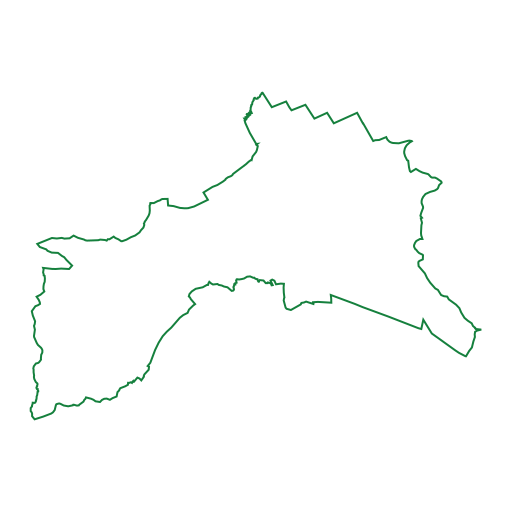 Tibucani, Neamt, Romania (Equal Earth projection)
{"feature_id": "2599482B37901869197091", "entity_name": "Tibucani", "entity_type": "district", "adm_level": 2, "iso_a3": "ROU", "parent_name": "Romania", "parent_adm1": "Neamt", "projection": "equal_earth", "projection_center": [26.549, 47.112], "detail": "fine", "context": "isolated", "style": "outline", "palette": "green", "viewbox_px": 512, "rotation_deg": 0, "n_neighbors": 0, "source": "geoboundaries", "source_scale": "gbopen_adm2", "svg_char_len": 5985}
<svg xmlns="http://www.w3.org/2000/svg" viewBox="0 0 512 512"><path d="M388.7,316.7L418.4,328.2L421.3,329.0L423.3,319.7L431.8,333.5L455.2,350.3L458.9,352.8L465.4,356.2L466.0,356.3L469.2,350.9L471.9,347.5L473.4,341.4L474.9,337.0L474.7,334.3L475.1,331.8L477.1,330.6L481.3,329.6L475.8,329.0L475.3,328.0L475.0,328.1L474.5,327.3L473.0,326.0L471.7,323.3L467.8,320.7L464.5,317.9L461.2,312.5L459.4,308.2L456.1,304.7L448.8,299.4L447.2,296.6L443.9,296.2L441.1,295.0L437.9,289.9L435.3,288.5L430.2,282.7L427.1,278.1L424.9,273.4L418.6,266.1L418.3,262.8L418.6,261.6L419.7,260.8L422.8,259.4L423.0,255.2L422.6,254.7L419.2,253.1L417.6,251.6L416.1,249.6L415.4,249.3L414.3,247.3L414.0,246.1L414.1,245.1L415.0,242.9L416.3,241.0L419.9,239.0L422.4,239.0L421.2,235.3L421.0,233.1L421.4,225.2L422.0,222.8L420.8,218.3L422.0,217.8L420.4,215.8L421.2,212.9L423.1,207.9L423.0,206.6L421.6,203.1L421.6,201.0L422.0,199.2L423.2,196.8L425.5,194.0L430.1,191.9L434.7,190.6L437.2,189.1L438.0,188.1L439.1,185.1L441.6,182.8L441.6,182.3L441.1,181.4L436.9,178.5L435.0,177.6L432.1,177.6L430.9,177.0L428.5,174.4L427.8,174.0L422.6,172.6L419.4,171.1L415.9,168.9L410.9,172.0L409.9,171.1L409.0,167.3L408.2,160.7L407.1,160.2L405.1,156.2L404.2,153.1L404.2,151.4L404.9,148.3L406.1,146.1L407.0,144.9L409.7,142.5L411.9,141.2L411.7,141.0L409.3,140.6L408.0,140.8L398.8,143.3L393.0,143.0L391.4,142.6L389.5,141.7L387.4,139.6L386.2,137.1L379.1,140.0L375.2,140.2L373.2,141.0L363.1,123.3L362.9,123.4L361.8,121.4L357.1,112.8L333.8,123.3L327.1,112.8L314.4,118.6L305.4,104.8L291.5,110.3L289.4,107.4L286.1,101.5L271.8,107.2L262.6,92.8L262.3,92.7L261.7,93.1L261.3,94.3L260.9,94.4L260.1,95.4L260.0,96.5L258.6,97.6L257.8,97.7L257.6,98.6L256.3,98.8L255.7,98.6L254.9,97.8L254.3,98.0L253.6,99.4L253.8,100.0L252.4,102.2L252.1,104.4L251.4,104.8L251.4,105.7L251.0,106.1L251.1,106.7L250.7,107.5L250.6,109.8L250.2,110.7L251.0,111.3L251.7,113.0L250.7,113.1L249.3,112.5L248.6,113.1L248.5,113.4L249.2,113.5L250.2,114.5L250.3,114.7L249.8,115.1L248.9,115.0L247.7,114.0L246.8,114.1L246.7,114.5L248.3,116.0L248.5,116.5L247.4,117.4L246.3,116.8L245.7,117.1L246.7,117.9L246.7,118.5L246.2,119.5L245.8,119.5L245.1,118.8L244.4,118.7L245.1,120.0L245.0,120.7L244.7,120.8L245.4,123.2L249.8,132.9L256.0,143.6L256.6,144.0L257.4,143.9L256.3,144.8L257.8,146.1L256.9,150.0L256.1,152.0L252.6,156.4L251.6,160.1L251.2,159.9L248.7,161.7L246.0,164.2L233.1,173.9L232.3,175.2L230.8,176.2L227.9,177.3L225.7,178.9L225.4,179.7L222.9,181.6L217.4,185.0L212.5,186.9L203.5,192.5L207.9,199.8L194.1,206.5L188.0,208.2L184.7,208.3L179.9,207.9L173.6,206.1L168.1,205.5L167.6,198.9L162.5,199.0L161.5,199.3L159.9,200.4L157.7,201.1L153.8,203.1L150.5,203.0L150.2,203.2L150.5,203.9L149.6,205.7L149.8,210.6L149.5,213.2L148.7,215.5L146.1,219.9L144.7,221.7L144.6,222.5L143.9,223.5L144.3,224.9L143.4,227.6L141.0,230.2L139.5,232.4L135.2,235.5L130.9,237.2L126.4,239.7L122.2,241.2L121.2,241.2L118.4,239.3L115.4,238.0L113.7,236.6L109.4,239.3L107.8,239.2L106.7,240.6L105.0,240.0L100.2,239.6L98.3,240.2L87.1,240.6L85.4,240.3L83.9,239.5L77.9,237.8L73.6,235.6L69.6,238.3L64.4,238.6L61.8,237.9L56.8,238.5L51.9,238.0L37.3,243.9L39.8,247.0L46.3,249.4L47.5,250.8L51.7,252.6L58.0,252.9L62.0,256.0L64.2,257.2L66.4,259.9L72.1,265.6L69.1,269.0L61.2,268.6L55.6,269.0L51.9,268.9L43.1,267.9L43.6,269.3L43.1,272.4L43.7,274.4L43.7,275.4L44.6,275.8L44.9,278.6L44.7,281.8L43.9,283.8L43.5,286.3L43.4,289.1L44.3,291.5L40.4,294.8L36.6,296.7L38.7,299.8L39.8,302.3L40.0,303.9L38.0,305.2L35.4,306.2L31.8,311.2L32.8,315.5L35.1,321.3L34.7,324.1L34.0,325.9L34.9,329.6L34.0,335.9L34.1,337.0L36.7,342.9L37.9,344.9L41.1,347.8L42.1,349.4L42.4,350.5L42.3,352.6L41.2,354.8L40.9,358.4L41.0,359.5L40.7,360.1L39.0,362.3L38.0,363.0L35.9,363.5L33.8,366.3L33.3,368.5L33.6,369.5L33.6,372.3L34.1,375.6L33.9,377.0L34.3,379.0L35.8,382.0L37.4,383.5L37.5,384.7L36.9,386.1L37.1,386.3L36.4,387.8L36.9,389.0L37.3,389.3L37.7,389.2L37.8,390.2L38.3,391.0L38.2,391.5L37.6,391.7L37.2,395.1L36.6,396.5L36.6,398.0L36.3,399.8L35.9,400.2L36.0,401.0L35.3,402.5L34.7,402.9L32.7,402.7L32.6,403.8L32.0,405.6L32.0,406.4L30.7,408.1L30.7,411.1L31.7,412.4L32.1,413.6L32.1,416.2L34.6,419.3L43.2,416.6L51.3,413.5L53.0,412.3L54.7,410.0L55.9,405.1L56.4,404.2L58.4,403.6L59.4,403.5L60.6,403.9L63.7,405.5L68.2,406.3L72.9,405.3L73.1,404.8L73.7,404.7L76.9,405.6L78.8,405.4L79.3,404.7L83.5,401.6L84.2,400.0L85.4,398.8L86.0,397.4L91.0,398.7L93.5,399.8L95.5,401.3L100.0,402.0L102.0,399.9L104.2,398.8L106.7,398.6L109.9,399.8L112.6,398.1L116.6,396.5L117.5,392.1L119.2,390.4L119.4,389.6L120.3,388.2L125.2,386.3L127.9,384.8L128.1,382.8L129.1,382.9L130.7,382.3L131.9,382.9L132.1,382.1L133.1,381.1L133.3,381.9L133.8,381.9L137.4,377.6L139.5,378.5L141.3,380.4L143.9,376.7L143.7,376.2L144.3,374.5L148.7,369.7L149.0,366.7L147.7,366.0L150.3,362.8L155.1,350.0L158.7,342.6L162.7,336.2L166.8,331.7L171.3,327.6L179.8,317.8L183.2,315.1L187.6,312.9L189.0,309.6L193.2,305.5L195.1,304.1L190.8,299.1L190.0,297.5L188.8,296.4L189.5,294.0L191.8,291.4L195.7,288.8L202.7,287.3L206.8,285.0L208.1,284.9L208.4,283.4L209.3,281.8L211.2,283.5L213.0,284.5L217.5,284.0L218.7,284.9L221.8,285.5L223.9,286.5L227.5,287.3L231.7,290.9L233.2,290.6L233.8,289.9L234.0,289.2L233.4,287.1L233.8,286.8L233.9,285.8L234.3,285.5L234.2,284.3L235.3,284.3L235.1,283.3L236.6,282.7L236.1,280.6L236.5,280.1L236.5,279.5L236.9,279.2L239.1,279.5L241.6,279.1L244.1,278.5L247.1,276.7L250.1,276.4L253.3,277.8L254.3,277.7L255.4,278.8L257.5,279.2L257.8,280.7L258.5,281.7L259.0,281.6L259.0,280.8L259.7,280.1L263.5,280.5L265.7,283.1L267.4,283.1L267.5,282.6L267.9,282.4L268.4,282.8L269.4,282.8L270.7,283.5L271.3,284.4L271.6,285.3L271.9,285.3L272.7,285.1L270.5,280.6L272.2,279.6L274.4,280.7L276.0,284.3L280.8,283.6L283.9,283.8L283.6,287.5L283.8,292.7L284.4,297.6L284.1,298.1L283.7,300.5L285.6,307.6L286.6,308.8L290.9,310.0L300.8,304.4L301.2,303.2L301.6,302.9L304.0,302.5L306.1,301.6L313.4,304.0L313.6,302.9L312.1,302.3L317.9,301.9L331.3,302.7L331.2,298.6L330.8,295.0L354.8,303.9L362.6,307.1L388.7,316.7Z" fill="none" stroke="#15803d" stroke-width="2"/></svg>